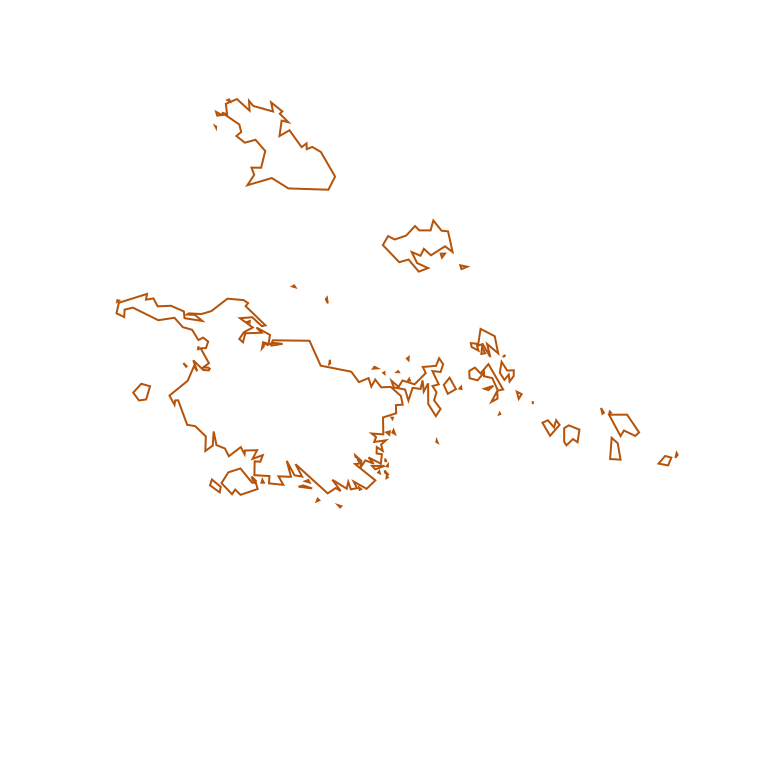 outline of Balboa, Panama, rotated 122°
{"feature_id": "35544464B8680648562753", "entity_name": "Balboa", "entity_type": "district", "adm_level": 2, "iso_a3": "PAN", "parent_name": "Panama", "parent_adm1": "", "projection": "natural_earth1", "projection_center": [-78.983, 8.439], "detail": "fine", "context": "isolated", "style": "outline", "palette": "amber", "viewbox_px": 768, "rotation_deg": 122, "n_neighbors": 0, "source": "geoboundaries", "source_scale": "gbopen_adm2", "svg_char_len": 6221}
<svg xmlns="http://www.w3.org/2000/svg" viewBox="0 0 768 768"><g transform="rotate(122 384 384)"><path d="M391.3,542.6L387.4,542.1L387.3,547.6L394.6,562.0L413.6,569.0L421.5,576.0L427.5,586.9L429.5,587.9L425.6,581.1L426.8,571.5L433.9,588.0L428.5,592.2L430.6,606.2L438.1,617.1L433.6,624.8L438.6,630.6L433.2,632.7L455.6,651.9L465.8,648.3L464.9,639.8L458.4,643.4L452.3,637.4L449.5,609.2L438.9,596.8L442.4,584.7L439.7,575.5L445.1,564.7L440.5,562.0L441.2,555.6L447.9,554.0L450.9,558.4L459.1,543.5L466.0,546.2L463.3,541.9L463.3,539.9L465.2,539.7L467.9,544.6L465.0,558.3L472.1,549.2L469.5,554.6L485.3,552.2L507.5,559.8L512.7,550.6L508.6,552.4L506.9,549.9L522.9,529.3L519.8,521.8L522.8,507.4L535.5,500.0L527.0,496.6L514.5,503.3L524.6,493.7L523.0,484.7L527.5,477.3L513.4,472.0L517.5,465.0L514.1,466.7L507.4,456.5L517.1,455.8L508.6,449.1L515.5,447.7L518.1,452.7L530.0,445.6L522.8,432.4L529.2,428.9L522.9,416.0L518.2,424.5L512.0,413.7L500.7,425.8L508.9,411.5L505.9,404.4L498.9,416.5L506.6,373.8L497.8,369.8L497.7,363.9L492.6,377.0L492.5,360.1L486.0,362.4L490.9,356.3L486.6,351.7L482.8,358.0L482.1,343.2L470.3,340.3L467.2,366.1L464.0,362.1L462.3,365.9L460.6,367.1L461.0,369.3L459.7,370.6L461.2,362.4L467.3,359.7L458.6,359.3L457.0,350.5L454.5,358.2L453.2,344.5L444.7,348.5L446.8,353.5L441.3,356.7L441.4,349.6L436.8,354.4L430.7,352.5L438.3,361.6L433.2,362.6L432.5,368.2L427.1,357.9L412.9,367.1L402.4,358.2L395.6,362.7L391.6,357.2L385.2,363.3L382.9,376.7L388.3,384.6L384.9,393.8L392.9,393.4L387.2,400.2L395.7,406.3L390.9,418.3L402.0,447.4L386.8,470.1L405.9,501.5L409.4,500.6L407.8,499.7L403.7,491.3L411.1,499.8L409.9,501.6L412.8,503.5L412.7,507.5L415.8,505.9L418.5,506.3L412.6,508.6L411.2,503.1L402.8,506.7L403.7,522.1L405.4,515.0L414.5,528.5L423.3,525.7L422.5,530.6L414.2,530.2L405.6,525.2L404.5,541.0L397.2,531.1L399.7,518.2L397.1,515.7L391.3,542.6ZM248.7,534.1L234.0,535.4L220.7,560.5L221.0,570.5L225.8,574.0L221.0,577.2L226.8,579.4L218.9,598.6L229.1,604.0L214.9,610.4L212.7,603.9L210.0,615.6L206.7,614.7L205.0,628.9L211.7,622.5L217.5,642.2L215.4,648.5L223.4,642.9L220.3,659.7L230.2,666.6L238.4,660.0L239.7,665.2L240.6,644.2L246.0,638.6L251.9,640.6L253.1,629.9L245.0,622.4L249.3,608.2L265.7,602.8L270.7,611.0L275.4,604.9L287.8,605.2L268.8,588.3L268.8,568.7L248.7,534.1ZM235.7,395.8L220.6,410.6L223.5,416.4L219.2,428.8L229.1,425.9L235.0,435.4L233.6,441.4L246.3,443.8L255.8,451.5L256.4,458.9L266.8,458.6L272.6,435.6L265.4,429.1L270.3,414.1L262.3,408.0L263.9,420.0L257.4,430.4L255.9,421.0L248.2,421.8L250.0,412.4L234.9,405.2L235.7,395.8ZM383.8,323.0L375.2,322.8L371.3,332.9L363.2,335.1L360.0,341.8L355.3,337.4L347.4,349.8L343.8,342.4L335.9,344.3L333.0,350.9L341.0,349.5L349.0,360.1L352.6,354.4L368.1,357.9L371.2,370.2L378.7,370.1L377.3,379.4L381.7,373.9L377.5,363.2L385.1,354.5L372.1,357.7L368.8,350.4L360.5,353.2L369.3,346.3L360.1,346.9L377.5,335.9L383.8,323.0ZM554.0,446.9L540.0,435.5L535.8,440.2L537.6,443.6L531.7,461.0L541.4,469.2L554.2,469.3L558.0,454.5L552.4,454.2L554.0,446.9ZM289.9,142.0L281.2,161.6L290.8,176.9L302.8,155.8L296.3,155.9L294.9,143.4L289.9,142.0ZM297.5,303.4L284.8,315.4L286.1,331.3L301.7,324.6L297.8,321.5L304.8,308.1L295.4,317.8L297.5,303.4ZM321.6,295.3L329.2,283.9L325.5,280.1L311.8,306.0L323.9,307.7L321.9,315.6L327.8,318.6L333.7,314.5L331.3,306.6L321.4,305.2L324.4,303.3L321.6,295.3ZM330.8,189.0L319.1,194.1L321.2,205.4L326.0,207.8L337.5,200.6L339.3,196.8L330.6,194.6L330.8,189.0ZM523.1,577.5L509.9,581.2L512.4,589.9L524.2,592.1L527.8,583.1L523.1,577.5ZM315.3,278.8L308.6,278.2L303.6,281.2L307.3,286.7L302.9,296.0L313.0,291.8L316.7,284.1L309.9,283.2L315.3,278.8ZM322.8,143.3L310.4,154.4L309.0,162.4L327.8,152.5L322.8,143.3ZM358.5,324.7L350.2,320.3L343.9,331.7L353.1,332.8L358.5,324.7ZM339.9,215.7L325.7,213.4L323.5,218.8L330.7,216.8L327.9,225.9L332.9,229.1L339.9,215.7ZM302.5,99.9L294.2,101.3L296.0,107.4L306.0,109.0L302.5,99.9ZM563.0,465.9L557.7,467.9L556.2,479.3L562.1,477.8L563.0,465.9ZM342.3,283.4L336.2,280.0L329.9,284.3L342.3,283.4ZM245.5,379.2L240.5,375.6L242.9,382.2L245.5,379.2ZM461.0,346.2L453.1,340.1L459.8,350.7L461.0,346.2ZM303.3,332.0L306.2,329.3L305.6,321.6L300.8,327.0L303.3,332.0ZM325.2,261.9L319.7,261.9L320.1,267.3L325.2,261.9ZM289.3,187.2L293.5,183.0L291.9,182.3L289.3,187.2ZM516.4,402.1L510.6,389.6L512.8,398.7L516.4,402.1ZM333.9,292.3L327.6,290.3L334.8,296.3L333.9,292.3ZM306.9,317.4L304.3,314.5L300.7,320.4L306.9,317.4ZM244.8,667.7L241.8,664.0L242.2,670.6L244.8,667.7ZM457.0,337.6L458.7,336.0L458.9,331.7L457.0,337.6ZM246.1,401.8L241.1,401.4L243.4,405.0L246.1,401.8ZM376.8,401.4L374.2,397.8L374.5,401.3L376.8,401.4ZM342.9,478.3L345.4,474.4L341.1,478.1L342.9,478.3ZM535.2,444.2L534.2,440.5L532.7,447.3L535.2,444.2ZM396.2,441.0L395.1,440.5L392.2,442.7L396.2,441.0ZM511.1,358.8L511.9,355.9L510.3,355.5L511.1,358.8ZM349.8,513.4L349.0,510.4L348.0,512.4L349.8,513.4ZM423.8,356.4L424.2,352.6L421.1,354.0L423.8,356.4ZM529.6,436.4L532.6,435.6L531.4,433.6L529.6,436.4ZM418.0,351.5L420.7,351.2L420.6,348.2L418.0,351.5ZM505.5,397.3L508.2,399.3L507.0,394.8L505.5,397.3ZM292.2,97.8L288.5,97.4L287.4,99.3L292.2,97.8ZM516.4,379.4L519.2,378.9L516.9,377.3L516.4,379.4ZM347.9,317.6L347.1,315.7L345.4,317.2L347.9,317.6ZM472.6,565.2L474.2,561.0L473.6,560.8L472.6,565.2ZM450.3,337.9L452.4,338.2L451.9,337.0L450.3,337.9ZM350.8,375.8L348.2,377.3L350.3,378.0L350.8,375.8ZM460.4,341.8L462.2,342.0L461.9,340.2L460.4,341.8ZM452.8,559.6L450.4,561.4L453.1,560.2L452.8,559.6ZM485.0,350.1L486.6,348.6L485.3,347.8L485.0,350.1ZM226.2,667.1L226.0,664.4L224.8,666.1L226.2,667.1ZM298.1,297.7L296.5,296.5L295.2,296.4L298.1,297.7ZM460.8,332.8L462.5,332.0L461.3,331.3L460.8,332.8ZM365.6,378.8L367.0,379.3L366.1,377.7L365.6,378.8ZM403.8,309.5L405.4,308.9L405.3,307.4L403.8,309.5ZM319.7,248.8L320.9,248.1L322.1,247.0L319.7,248.8ZM403.2,532.4L403.1,530.5L401.7,531.2L403.2,532.4ZM446.7,343.6L448.7,342.0L448.3,341.3L446.7,343.6ZM254.7,663.8L255.7,662.2L254.7,662.7L254.7,663.8ZM366.2,365.4L367.9,365.4L367.3,363.9L366.2,365.4ZM407.9,358.6L408.5,359.7L409.2,358.3L407.9,358.6ZM375.1,389.0L373.8,389.9L374.9,390.5L375.1,389.0ZM454.3,654.5L455.6,653.9L453.8,653.2L454.3,654.5ZM347.3,270.5L348.9,270.2L347.9,269.5L347.3,270.5ZM289.5,177.3L288.0,176.5L287.7,177.9L289.5,177.3Z" fill="none" stroke="#b45309" stroke-width="2"/></g></svg>